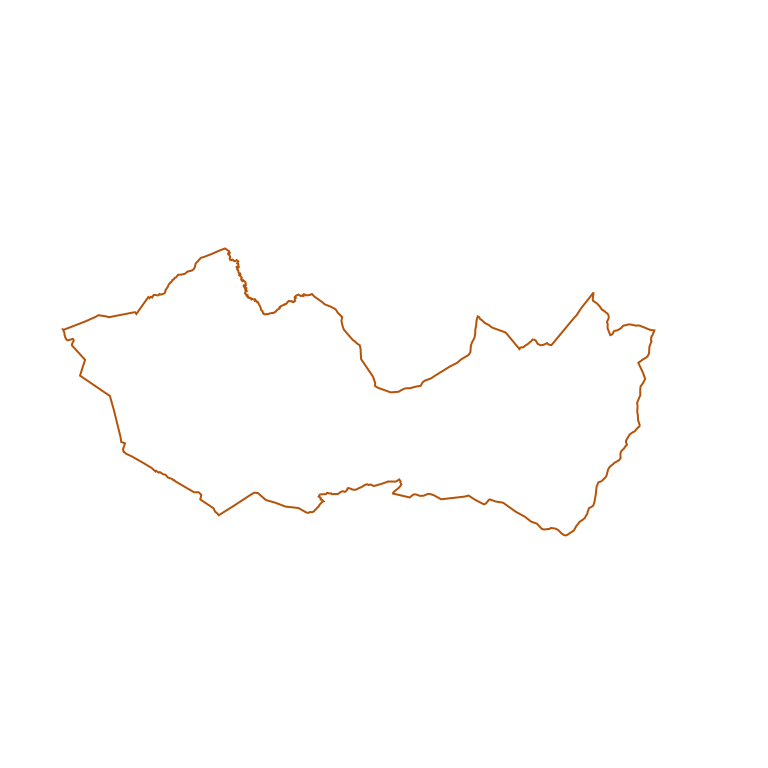 outline of Marginea, Suceava, Romania, rotated 235°
{"feature_id": "2599482B12450420529087", "entity_name": "Marginea", "entity_type": "district", "adm_level": 2, "iso_a3": "ROU", "parent_name": "Romania", "parent_adm1": "Suceava", "projection": "orthographic", "projection_center": [25.809, 47.767], "detail": "fine", "context": "isolated", "style": "outline", "palette": "amber", "viewbox_px": 768, "rotation_deg": 235, "n_neighbors": 0, "source": "geoboundaries", "source_scale": "gbopen_adm2", "svg_char_len": 6154}
<svg xmlns="http://www.w3.org/2000/svg" viewBox="0 0 768 768"><g transform="rotate(235 384 384)"><path d="M272.8,636.2L275.8,633.0L285.1,627.0L286.3,625.7L286.9,624.2L290.7,620.8L292.6,618.5L293.5,615.7L294.6,613.5L293.8,610.3L293.9,608.4L294.1,606.1L295.3,603.2L295.2,602.1L294.2,600.7L293.8,599.1L294.2,597.4L301.4,599.1L305.0,601.7L306.6,602.1L307.4,602.8L308.4,604.9L309.8,606.4L311.2,607.2L312.4,607.5L314.1,607.2L318.3,606.0L319.7,605.2L324.1,605.2L328.2,604.6L332.1,603.0L333.5,603.4L338.2,607.7L338.5,607.4L332.9,588.6L330.0,581.6L329.2,577.8L319.8,543.4L322.0,541.4L324.0,541.1L324.4,538.0L325.3,535.4L326.0,534.5L328.7,532.9L332.6,533.2L334.3,532.3L335.2,531.2L334.6,528.9L334.6,527.5L334.2,523.9L334.5,522.8L334.2,519.2L335.1,517.9L335.6,516.5L334.9,515.0L356.4,513.2L368.1,505.0L372.3,503.6L376.3,501.5L379.9,500.9L382.0,500.0L384.1,500.3L385.6,499.5L383.3,496.6L378.6,492.6L375.9,489.7L373.9,488.4L370.8,485.5L369.8,484.3L367.5,479.8L365.6,477.2L360.5,473.0L359.3,470.3L359.9,461.2L359.4,455.8L360.5,448.7L361.6,429.0L361.6,426.0L363.3,419.4L363.3,417.0L361.5,412.9L363.6,408.5L365.6,403.0L368.3,398.8L369.1,394.5L369.2,391.7L373.2,384.8L384.1,377.0L387.4,375.5L390.0,377.4L396.4,379.2L417.5,379.5L426.3,385.0L429.9,386.4L431.8,385.4L435.8,384.5L437.9,383.7L451.6,382.3L455.8,383.5L460.3,385.4L462.8,388.2L468.7,387.0L472.8,387.2L477.8,384.8L483.1,381.2L486.5,380.4L495.9,377.0L499.1,376.6L499.5,374.2L500.9,371.5L502.7,370.5L502.7,369.8L503.5,369.5L503.2,368.9L503.3,368.3L502.6,368.2L503.5,367.4L503.6,366.4L506.4,365.2L506.8,362.4L506.3,361.7L506.5,361.1L506.3,360.5L505.9,360.4L505.1,360.8L505.1,360.2L503.9,358.8L503.0,358.7L503.0,356.9L503.9,355.9L504.7,356.0L505.8,354.3L506.5,354.0L506.5,351.9L506.0,350.9L505.7,349.4L506.2,348.9L506.4,347.7L506.1,347.2L506.6,346.1L507.0,343.5L506.8,342.5L506.1,342.6L505.9,342.0L505.9,339.8L506.1,339.1L505.4,336.8L505.6,334.0L506.0,333.8L507.3,331.0L507.8,328.8L508.6,328.3L509.1,326.7L510.2,325.7L511.0,325.5L511.8,326.1L513.1,325.9L513.6,326.2L515.1,325.8L517.4,326.8L523.3,327.6L523.7,327.0L524.6,327.3L525.5,326.8L525.9,326.1L526.6,326.9L527.5,326.9L528.1,325.6L529.2,324.9L529.3,323.9L530.9,324.2L531.1,323.5L531.9,322.9L532.6,322.9L532.4,322.5L533.0,322.2L533.5,322.4L534.9,322.1L535.2,323.1L536.7,322.1L537.5,322.4L538.2,322.3L538.3,322.9L538.9,323.3L538.9,324.9L540.1,324.3L541.4,324.7L540.6,325.5L541.5,326.3L542.1,326.1L542.2,325.3L542.6,325.0L544.8,325.2L545.2,325.7L545.2,326.1L543.9,326.4L544.2,327.6L547.0,328.9L549.9,328.1L550.0,327.6L549.6,327.1L550.5,326.8L550.9,327.2L551.9,327.1L552.4,328.4L554.4,328.4L556.3,327.7L556.5,328.0L556.1,329.2L556.9,329.5L557.4,329.4L557.8,328.8L558.9,328.8L560.9,329.9L561.9,329.4L562.5,330.0L564.3,330.2L564.5,330.6L564.4,331.0L564.0,331.6L563.0,331.8L563.1,332.2L564.7,332.7L565.8,333.5L567.1,332.9L568.0,335.0L570.1,334.3L570.0,333.0L570.5,331.8L572.8,331.2L573.0,330.1L573.9,329.2L575.5,329.6L575.8,330.7L577.2,331.1L580.1,330.9L580.5,331.6L579.7,331.9L579.5,332.5L580.1,333.0L580.7,332.8L582.0,333.2L586.3,331.4L587.7,325.6L589.5,316.7L591.5,308.8L592.4,306.5L591.7,303.0L591.1,301.7L591.2,300.6L590.7,298.8L588.2,296.1L587.1,293.7L587.3,291.3L588.8,287.4L588.5,284.0L589.9,280.6L591.6,278.0L590.6,274.5L591.0,273.3L590.2,271.6L590.6,270.4L589.5,268.3L589.7,267.1L589.3,266.6L589.1,265.0L587.4,262.2L586.2,258.7L585.3,258.2L584.4,256.7L584.3,255.7L585.2,252.5L586.5,251.7L586.1,250.9L586.2,249.6L589.0,246.7L588.9,245.8L587.8,243.8L589.2,243.1L588.8,241.1L590.4,240.8L583.4,221.3L585.7,221.2L596.6,196.8L599.0,195.0L604.2,189.5L604.3,186.9L606.5,175.6L612.0,153.2L612.9,152.3L609.2,151.6L607.8,150.6L604.0,149.4L601.9,149.5L600.9,150.4L599.5,154.9L598.8,155.1L597.5,154.7L595.6,151.2L594.6,150.5L575.3,153.0L565.2,139.8L531.4,152.6L517.9,147.9L491.3,137.6L487.3,135.5L483.9,137.8L480.2,132.7L477.6,131.8L477.3,132.2L475.0,132.6L469.3,135.9L456.9,141.8L448.5,145.5L443.4,146.6L443.7,147.5L440.6,148.6L440.5,149.6L440.1,150.0L436.9,151.2L434.9,153.0L431.5,153.3L427.5,156.1L425.8,156.3L425.6,156.9L423.4,157.5L404.3,166.3L401.6,170.1L398.0,170.8L394.8,167.3L379.9,173.1L376.4,172.4L374.0,173.1L371.3,173.4L370.4,190.5L369.8,209.4L369.5,214.9L369.1,215.8L366.9,218.2L357.0,220.6L356.0,221.2L349.9,226.3L340.1,233.0L331.5,242.8L323.2,246.7L321.8,248.2L321.6,249.8L320.2,251.7L319.9,253.2L321.3,260.6L322.0,261.8L323.0,266.3L322.6,267.2L324.6,266.8L325.5,265.9L326.6,266.7L326.9,266.3L328.2,266.6L329.2,265.9L330.1,267.6L330.1,268.5L327.0,273.4L327.5,274.9L327.3,275.3L325.7,276.4L324.7,278.0L323.6,278.2L320.6,282.8L320.2,284.1L320.5,285.6L320.2,287.7L319.8,288.7L318.2,289.9L318.0,290.9L318.3,292.6L319.4,294.4L319.4,294.9L316.9,297.0L316.1,297.2L314.1,299.3L313.3,301.4L313.1,303.9L312.7,305.2L312.3,308.4L312.4,309.8L311.6,312.7L310.1,313.4L309.5,315.2L308.7,315.8L306.3,317.1L304.0,323.5L301.9,330.6L302.0,331.1L297.5,337.4L297.1,338.9L297.1,341.7L294.6,341.7L294.2,341.0L291.6,340.5L290.5,336.9L290.1,330.9L289.5,328.7L289.1,328.5L276.3,340.0L276.6,343.8L276.2,345.7L274.6,347.3L271.8,349.2L269.7,352.5L268.8,356.9L267.7,358.4L264.5,360.9L256.8,364.7L245.5,385.5L244.1,389.3L236.7,392.3L228.2,396.8L227.6,398.8L229.0,403.5L228.5,404.7L223.9,407.9L218.4,413.5L203.7,418.7L194.6,423.2L186.8,425.6L182.0,429.1L174.8,430.2L173.1,431.5L170.3,436.6L170.4,438.1L167.1,441.6L164.1,443.0L159.8,443.7L157.0,444.8L155.6,446.1L155.3,447.9L155.1,455.5L157.2,459.8L158.9,465.2L158.8,469.1L159.0,471.7L160.1,473.5L161.1,476.2L162.4,477.3L164.6,480.6L164.8,481.3L164.4,482.4L164.3,485.5L166.2,488.2L171.1,493.2L178.0,499.3L180.4,503.1L180.4,503.9L179.6,506.2L180.6,512.3L181.3,513.7L185.5,518.6L186.8,521.7L186.9,525.5L187.3,527.6L186.7,532.8L187.2,534.1L187.6,535.3L191.1,537.5L192.6,539.2L193.1,540.7L193.5,543.7L194.5,545.9L194.8,548.2L197.3,548.7L198.7,549.7L201.7,556.1L201.8,560.0L201.4,561.8L202.5,566.2L202.8,569.0L203.7,569.9L208.7,571.4L213.1,574.2L216.0,575.5L220.4,579.0L223.5,580.6L227.8,587.5L232.1,590.4L234.8,592.7L236.3,596.9L238.4,600.9L244.8,602.6L255.5,604.5L255.6,610.2L255.3,614.4L255.7,616.2L257.1,618.7L262.3,622.8L265.7,627.7L266.9,627.9L269.4,630.2L270.0,631.9L272.8,636.2Z" fill="none" stroke="#b45309" stroke-width="2"/></g></svg>